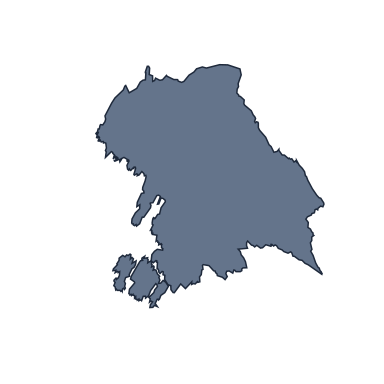 the district of Asker nor, Oslo, Norway, rotated 153°
{"feature_id": "86288312B86934644879837", "entity_name": "Asker nor", "entity_type": "district", "adm_level": 2, "iso_a3": "NOR", "parent_name": "Norway", "parent_adm1": "Oslo", "projection": "orthographic", "projection_center": [10.409, 59.839], "detail": "fine", "context": "isolated", "style": "filled", "palette": "slate", "viewbox_px": 384, "rotation_deg": 153, "n_neighbors": 0, "source": "geoboundaries", "source_scale": "gbopen_adm2", "svg_char_len": 6105}
<svg xmlns="http://www.w3.org/2000/svg" viewBox="0 0 384 384"><g transform="rotate(153 192 192)"><path d="M113.7,59.7L113.0,60.5L113.5,61.4L113.1,62.3L113.6,63.9L113.2,66.4L113.9,67.9L114.0,72.6L112.9,80.6L113.1,85.4L111.2,86.4L109.6,93.0L107.3,94.4L105.8,97.5L103.2,98.0L103.6,98.7L102.8,100.6L103.4,102.3L103.3,105.2L104.8,107.8L102.2,112.1L102.9,116.1L100.4,117.5L96.1,117.3L95.0,118.4L92.4,117.9L90.4,120.4L88.9,120.3L88.1,119.0L87.1,120.3L83.8,121.0L82.1,119.4L80.0,121.2L79.6,122.5L80.1,128.0L81.4,129.2L82.3,132.4L83.3,140.2L83.5,149.9L83.0,153.9L83.6,154.9L82.5,159.0L83.0,163.0L84.3,167.3L84.5,172.8L85.2,171.5L85.5,172.7L87.5,172.4L88.0,176.3L89.4,176.5L90.0,178.1L90.9,177.9L92.9,182.9L94.9,184.1L95.7,189.6L95.2,190.6L97.7,189.5L101.0,190.2L100.9,196.6L101.9,199.1L101.5,207.3L103.7,216.2L103.7,219.1L101.6,223.3L101.6,224.3L102.7,225.3L104.2,225.0L104.2,226.5L102.0,228.6L101.9,230.5L102.5,233.0L102.3,237.4L105.7,245.5L105.7,247.2L103.7,250.3L105.5,255.1L106.7,256.3L106.4,257.2L107.1,259.9L105.0,263.2L102.7,264.8L101.7,267.6L95.0,274.0L93.4,279.9L102.4,289.0L109.6,292.9L122.9,295.9L126.0,298.7L132.0,299.7L135.9,298.0L141.5,297.5L149.0,294.2L151.5,294.4L153.9,297.0L153.8,298.7L157.1,300.4L161.6,306.3L161.8,307.5L167.3,305.4L169.9,306.1L172.8,310.0L174.7,308.3L176.8,308.4L174.4,313.4L176.8,316.1L173.5,321.6L173.6,323.7L174.8,324.3L178.9,320.3L179.4,319.5L179.0,319.1L182.6,313.1L184.9,313.9L188.2,313.4L194.2,309.4L202.9,308.9L202.7,317.0L203.8,316.8L206.9,314.1L217.9,310.8L223.2,307.7L235.0,299.3L235.8,296.2L237.6,294.2L241.0,292.3L242.9,293.6L243.7,293.1L246.0,290.3L247.0,290.8L250.4,286.9L247.9,288.1L250.5,285.9L250.5,288.0L251.1,287.7L250.7,285.6L252.3,283.8L251.6,283.1L250.0,283.9L249.7,282.6L252.4,280.2L251.7,279.4L250.3,280.1L250.2,277.8L248.2,277.3L248.2,276.3L249.1,275.5L248.0,276.1L246.6,274.7L248.3,270.0L250.3,268.2L250.2,266.7L253.4,262.1L245.5,264.6L244.7,263.3L245.0,262.3L244.3,260.3L247.3,257.1L244.3,258.5L244.6,256.8L243.2,257.5L242.6,255.9L246.5,254.9L247.2,255.8L246.8,254.5L242.2,254.2L241.9,253.4L242.5,251.7L240.3,252.9L240.7,253.5L240.2,253.8L236.9,253.7L234.9,250.5L235.9,249.1L235.6,248.7L234.0,249.2L234.1,248.2L237.9,245.2L239.0,241.7L238.6,240.3L237.3,241.0L237.2,239.2L236.8,239.0L233.7,240.1L233.3,239.4L232.3,240.5L231.2,239.8L231.6,238.5L235.8,234.1L235.7,233.2L233.0,233.3L232.4,232.5L233.4,231.4L231.4,231.2L227.4,233.0L226.5,230.3L227.1,228.0L225.6,227.8L226.0,226.4L228.8,223.1L233.8,218.5L235.0,216.5L234.5,214.8L235.2,213.0L237.7,213.7L245.4,207.7L247.8,204.0L244.3,204.3L246.3,200.8L251.9,199.1L257.7,195.2L259.8,191.8L259.7,190.7L258.8,190.2L259.2,189.3L258.5,188.1L256.6,188.4L256.9,186.8L253.0,187.5L247.8,192.2L246.4,191.4L236.1,196.8L234.6,198.8L234.6,200.6L234.1,201.1L231.7,200.2L225.0,204.8L223.1,204.3L222.2,202.4L228.3,196.8L227.0,196.4L222.3,200.7L220.7,199.3L219.7,196.9L220.2,195.4L226.7,192.0L230.9,187.1L232.8,187.6L237.0,185.1L238.2,185.5L237.6,186.4L237.9,186.7L239.2,185.8L241.4,182.8L242.1,181.2L241.6,180.3L245.9,177.1L245.2,177.1L245.9,175.6L245.4,175.3L246.6,173.9L246.6,172.6L245.8,172.9L246.1,171.9L242.9,169.4L246.4,164.4L245.2,164.5L244.8,163.6L245.3,162.6L244.5,161.9L245.7,160.0L242.9,160.0L242.7,159.1L243.5,159.0L243.2,158.6L244.5,156.2L243.7,154.8L244.6,153.5L248.9,156.7L252.4,156.2L256.2,154.4L259.6,149.3L258.6,146.5L255.3,147.3L254.6,146.7L255.4,145.6L254.7,145.0L257.9,139.6L257.4,139.5L257.3,137.1L257.9,135.7L257.5,133.9L254.7,134.8L253.9,133.9L255.4,131.4L254.0,130.1L256.1,126.6L255.5,120.3L253.4,118.2L255.1,114.5L254.5,111.0L253.5,110.3L243.8,115.2L241.7,108.9L233.0,112.1L234.3,109.8L232.4,109.8L230.9,108.6L227.9,109.7L227.8,108.8L225.8,108.4L223.8,113.0L221.3,114.1L218.7,118.0L217.3,118.1L216.0,121.8L215.0,122.2L210.3,118.7L208.5,112.0L207.2,110.9L207.6,109.5L206.9,107.7L207.4,106.0L203.6,102.2L202.3,98.9L199.0,100.6L198.9,103.9L197.1,105.6L194.8,104.8L192.5,101.2L190.1,103.5L189.4,102.9L189.0,101.1L185.1,99.1L183.3,99.3L182.7,100.8L180.9,101.2L177.6,99.6L176.0,105.6L175.9,110.0L176.7,113.7L176.0,117.0L176.8,120.1L168.1,116.7L167.7,119.6L166.3,122.1L164.7,123.0L163.1,117.7L161.8,116.5L161.1,114.6L158.5,115.1L156.4,110.9L154.4,110.3L150.2,111.5L146.3,107.8L145.5,108.2L145.4,109.4L144.7,109.1L143.8,106.8L142.0,107.1L141.0,105.8L140.7,102.6L138.0,99.5L137.2,97.2L134.2,93.9L131.2,93.9L130.7,92.4L131.2,89.0L129.9,88.1L127.4,83.0L124.9,81.1L123.7,77.2L121.5,74.4L113.7,59.7ZM276.9,108.0L274.9,105.6L275.4,109.4L271.7,112.2L270.6,111.7L270.7,111.0L269.7,111.3L266.7,114.0L261.9,114.7L255.8,118.7L256.4,123.7L257.9,126.3L261.3,125.0L263.4,125.8L260.6,128.1L260.3,130.9L259.1,131.6L260.0,134.6L259.6,138.3L260.4,139.8L262.1,140.0L259.8,142.4L259.8,143.5L262.0,143.6L260.5,145.5L260.9,146.2L260.1,147.3L260.2,148.6L260.5,149.3L263.6,149.0L261.8,151.6L262.1,152.9L261.4,153.6L265.0,154.7L263.4,156.2L266.6,155.8L267.3,154.7L267.1,153.5L269.0,154.1L270.6,153.4L284.4,144.5L286.3,142.3L284.1,138.1L284.3,137.0L291.8,133.8L294.4,130.1L293.7,129.0L294.0,128.4L292.6,128.3L292.9,127.2L291.0,127.6L291.2,126.6L290.2,125.8L291.3,123.6L289.8,124.1L290.8,122.2L289.7,121.3L289.9,120.5L288.4,120.7L288.6,119.7L287.9,120.2L288.1,119.2L286.3,118.9L286.2,118.1L282.8,121.2L280.8,120.3L281.6,118.5L277.7,119.3L273.5,123.0L265.8,126.8L265.4,125.1L265.7,123.5L269.7,121.7L271.7,119.7L278.3,117.6L277.7,115.8L279.9,113.1L278.0,113.4L277.0,112.0L280.2,110.5L282.0,108.2L279.3,107.0L276.9,108.0ZM299.3,135.1L297.8,137.2L296.6,137.3L296.4,135.8L295.0,136.6L294.8,138.5L292.9,140.7L292.9,143.0L290.0,145.9L286.0,145.3L285.4,147.0L280.5,150.7L277.6,151.3L275.2,153.1L273.1,156.0L277.8,155.7L274.5,159.1L275.2,160.9L277.4,160.3L274.9,163.8L275.4,164.8L277.7,164.4L278.7,165.6L281.1,164.7L282.5,167.0L287.0,166.1L288.0,164.2L291.6,162.1L291.5,161.1L296.9,159.2L298.2,157.8L295.3,156.8L297.1,155.0L294.5,155.1L294.1,154.6L294.4,153.8L292.6,153.9L294.5,150.7L296.6,149.0L298.6,148.5L298.1,149.2L298.9,149.8L301.6,148.8L302.0,147.6L301.5,146.4L304.2,144.0L303.6,142.4L304.4,139.4L303.5,139.7L303.3,138.3L300.7,137.0L300.5,135.8L299.3,136.1L299.3,135.1Z" fill="#64748b" stroke="#1e293b" stroke-width="1.5"/></g></svg>